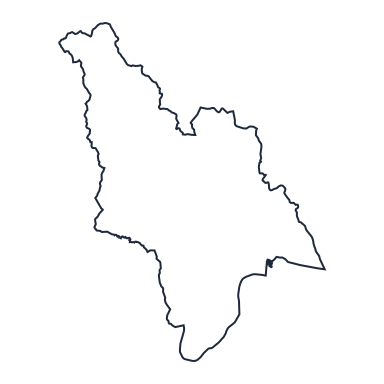 Tien Yen, Quảng Ninh, Vietnam
{"feature_id": "81297802B1435628045096", "entity_name": "Tien Yen", "entity_type": "district", "adm_level": 2, "iso_a3": "VNM", "parent_name": "Vietnam", "parent_adm1": "Quảng Ninh", "projection": "natural_earth1", "projection_center": [107.339, 21.373], "detail": "fine", "context": "isolated", "style": "outline", "palette": "slate", "viewbox_px": 384, "rotation_deg": 0, "n_neighbors": 0, "source": "geoboundaries", "source_scale": "gbopen_adm2", "svg_char_len": 5879}
<svg xmlns="http://www.w3.org/2000/svg" viewBox="0 0 384 384"><path d="M175.3,327.1L183.6,325.3L184.1,328.2L184.0,330.9L180.4,343.7L179.9,350.1L180.0,352.1L182.6,357.4L184.4,359.0L192.8,361.0L195.6,360.8L197.4,359.9L200.5,357.3L203.9,352.9L208.4,348.7L209.4,348.3L211.3,348.2L212.4,347.7L218.9,342.3L223.8,336.8L225.7,333.4L226.5,330.9L227.8,328.3L229.1,326.9L233.1,323.8L234.8,322.3L239.4,314.4L239.0,301.2L238.3,296.9L238.2,294.7L239.3,286.8L240.2,283.8L241.2,281.3L242.4,279.4L243.5,278.3L246.1,276.8L252.5,274.4L255.1,274.2L262.1,274.9L265.7,275.6L266.9,261.6L267.3,260.1L267.9,259.7L268.7,259.8L271.9,261.5L274.3,259.5L276.5,256.9L279.6,257.5L282.3,257.5L285.1,259.0L288.0,262.0L300.3,265.1L317.6,268.3L324.7,269.3L319.9,259.1L319.2,256.1L315.9,251.4L315.2,248.5L314.3,246.3L313.5,243.5L313.2,240.9L312.6,238.9L312.0,237.4L311.0,235.8L306.7,230.5L305.9,229.0L305.2,226.4L304.7,225.6L300.8,222.3L299.3,222.0L298.8,221.6L298.6,220.4L296.9,216.1L296.8,212.3L295.7,210.5L295.7,209.7L296.0,209.0L297.4,208.2L298.1,207.4L298.2,206.2L297.8,204.9L297.1,204.6L295.6,204.8L293.7,202.9L290.7,202.9L289.7,201.9L289.3,199.9L287.3,197.6L284.5,193.5L284.3,192.4L285.1,190.8L285.4,188.9L284.6,187.5L282.7,185.7L280.9,185.4L278.6,186.5L276.8,188.2L274.3,188.9L271.8,190.2L270.6,190.3L269.9,189.9L269.2,188.5L268.8,184.1L268.4,182.5L267.8,182.3L266.3,182.9L265.4,182.9L262.6,180.4L262.8,179.1L265.8,175.0L265.4,174.8L264.1,175.1L262.9,173.6L261.8,173.3L259.9,173.4L259.5,172.6L258.8,167.2L259.4,162.9L259.6,162.6L260.5,162.3L261.0,161.7L260.2,160.6L261.1,158.5L261.1,157.5L260.4,154.2L261.4,147.5L261.4,145.4L261.1,143.8L258.8,140.4L258.1,138.2L255.9,135.2L256.2,130.3L256.9,128.7L253.6,126.8L252.5,126.6L250.0,126.5L248.9,126.9L246.4,128.5L245.8,128.5L243.1,128.3L236.4,126.1L235.3,124.9L234.8,123.6L234.9,120.0L233.2,111.3L230.1,111.7L227.4,112.9L223.1,108.7L222.0,108.4L221.7,108.6L219.8,111.7L218.9,112.3L217.8,111.9L216.8,111.2L214.5,108.5L213.9,108.1L212.2,107.9L210.0,108.7L206.7,108.8L200.6,107.5L197.3,114.7L192.5,120.3L190.7,122.7L190.8,123.2L192.0,124.3L192.0,126.4L192.4,128.1L194.1,129.6L194.3,132.1L195.3,135.0L191.4,134.8L187.6,134.1L185.1,134.7L182.8,134.4L182.8,132.9L180.4,130.9L179.5,128.5L178.4,128.2L176.7,129.1L176.1,128.6L176.8,126.3L177.1,124.5L177.7,123.7L178.5,123.0L176.3,119.1L176.2,118.2L176.6,115.8L176.3,114.5L174.0,113.1L171.7,112.4L170.5,111.2L168.7,110.3L167.5,109.1L163.1,108.6L160.3,109.1L159.0,107.5L159.0,106.5L160.2,104.4L159.9,102.1L159.8,99.3L161.7,96.5L162.1,95.4L162.1,94.3L161.8,93.7L160.2,93.6L159.7,93.3L159.8,91.6L159.5,90.5L160.0,89.1L160.0,88.7L159.4,87.9L158.5,87.5L157.9,86.9L157.5,85.4L156.0,82.6L154.2,82.1L152.3,81.0L148.7,76.4L147.6,75.8L145.5,75.6L142.5,73.6L142.1,72.7L141.7,70.0L141.8,68.8L142.4,66.6L140.5,65.3L138.7,65.8L135.6,66.0L132.7,65.4L131.4,66.1L128.1,65.1L126.8,64.0L123.6,58.6L121.7,56.5L120.6,54.5L118.8,52.9L118.2,51.7L118.1,48.5L115.6,45.4L115.3,43.6L115.3,42.8L115.6,41.8L116.2,41.3L117.5,40.7L118.1,39.8L118.3,38.8L117.7,37.5L115.8,36.1L114.3,32.6L110.9,27.0L109.9,24.4L107.2,23.3L104.9,23.0L102.9,23.6L100.5,23.6L99.5,24.1L97.9,25.1L94.9,28.3L93.6,29.0L92.9,29.7L92.3,30.8L92.0,33.2L91.1,36.1L90.6,36.5L84.5,33.3L82.7,33.2L81.7,32.5L80.7,31.1L79.5,31.6L77.7,33.3L75.4,34.0L74.8,33.9L73.3,32.7L72.0,32.1L69.9,33.1L67.9,33.6L66.7,35.7L66.0,37.9L65.4,38.3L64.3,38.3L63.5,39.3L62.4,39.4L61.4,39.8L60.4,41.3L59.3,42.3L59.5,43.9L60.8,45.5L61.3,47.0L62.5,48.3L64.6,51.9L65.2,52.1L66.0,51.2L68.5,51.4L69.6,53.6L70.7,54.3L71.7,55.4L72.6,57.4L73.2,62.3L76.4,62.0L78.1,61.3L79.2,60.2L81.2,62.6L81.4,63.2L80.9,65.1L81.0,66.4L82.9,69.0L83.6,71.6L84.7,74.1L84.5,74.9L82.9,77.5L83.3,79.0L83.3,83.2L84.7,86.6L85.5,87.7L86.9,89.0L89.2,93.1L90.3,94.3L90.6,95.4L89.5,99.5L88.4,100.9L87.0,101.8L86.4,103.0L85.6,103.7L86.5,105.1L87.2,107.0L87.4,110.1L86.3,111.1L85.7,113.0L84.8,114.1L84.6,115.8L86.1,117.9L86.6,119.5L86.5,120.8L86.2,121.9L86.9,123.0L87.1,123.7L86.2,126.3L86.3,126.8L86.9,127.8L89.3,128.9L90.0,129.8L90.1,131.1L89.7,132.1L89.8,133.5L88.1,135.7L87.2,137.4L87.2,137.9L87.9,138.7L89.3,139.6L90.1,140.9L90.4,142.1L91.7,142.1L91.7,144.2L91.4,145.9L92.0,147.4L92.6,147.9L95.6,148.2L97.8,151.9L98.6,153.7L98.6,154.1L97.9,155.3L97.9,156.7L98.4,160.5L99.5,162.0L99.0,163.9L99.3,165.0L100.2,166.0L101.3,166.6L102.2,167.5L104.4,168.0L103.4,171.1L102.1,173.0L101.5,174.9L101.8,180.2L100.3,182.1L99.9,183.6L100.6,186.3L100.1,187.1L99.4,190.7L97.6,193.8L97.2,195.6L95.3,198.0L101.2,208.3L102.7,209.5L102.8,209.8L99.4,213.5L97.7,216.6L95.2,219.0L95.1,219.9L95.2,221.1L95.8,224.0L95.4,225.0L94.5,226.8L94.5,227.5L95.3,228.8L95.8,229.1L96.4,230.3L96.7,230.5L100.3,230.9L101.7,232.0L107.2,231.7L112.0,234.3L114.2,234.7L114.6,235.3L115.3,234.8L116.4,234.9L117.4,236.6L118.4,235.9L118.7,236.0L119.2,236.5L119.3,237.7L120.2,237.5L120.9,238.2L121.7,236.7L122.3,236.4L122.8,236.5L123.5,237.3L124.2,237.6L124.8,237.6L125.0,237.1L125.4,236.9L126.6,238.2L129.2,237.8L130.0,238.5L130.4,239.5L130.0,240.0L129.3,240.2L130.1,241.2L129.9,242.1L131.0,242.0L132.1,242.3L133.1,242.0L134.3,242.6L135.0,241.8L136.0,241.6L136.4,242.0L137.7,242.0L138.8,242.6L140.0,243.3L140.8,244.4L142.0,245.6L143.4,245.6L143.9,247.3L146.5,249.7L147.5,252.0L150.2,250.4L154.5,250.4L156.8,256.7L156.5,258.7L160.0,261.8L160.4,262.9L160.8,268.4L159.6,270.0L159.8,273.2L158.9,274.8L159.0,276.9L159.8,282.7L161.3,286.4L162.6,287.6L163.1,288.4L163.2,289.3L163.1,292.0L165.1,297.3L165.2,298.3L164.8,299.3L165.5,302.5L166.8,304.7L170.2,309.3L167.2,315.4L166.8,318.6L167.0,319.4L167.3,319.9L168.4,320.8L168.7,322.7L169.2,323.6L170.8,323.8L172.6,325.6L175.3,327.1ZM271.7,264.1L272.0,263.1L270.8,262.8L269.1,261.8L269.3,261.2L268.1,260.2L267.8,262.5L268.2,263.1L268.6,263.3L268.3,263.8L268.4,264.5L269.2,264.8L269.7,265.4L269.6,266.2L270.6,266.4L271.0,267.1L271.5,267.1L271.7,266.6L270.8,265.6L270.2,263.9L270.5,263.7L271.7,264.1Z" fill="none" stroke="#1e293b" stroke-width="2"/></svg>